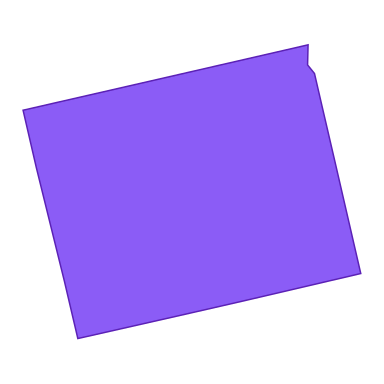 outline of Saline, Kansas, United States of America, rotated 347°
{"feature_id": "52423323B92463309420457", "entity_name": "Saline", "entity_type": "district", "adm_level": 2, "iso_a3": "USA", "parent_name": "United States of America", "parent_adm1": "Kansas", "projection": "mercator", "projection_center": [-97.646, 38.784], "detail": "fine", "context": "isolated", "style": "filled", "palette": "violet", "viewbox_px": 384, "rotation_deg": 347, "n_neighbors": 0, "source": "geoboundaries", "source_scale": "gbopen_adm2", "svg_char_len": 341}
<svg xmlns="http://www.w3.org/2000/svg" viewBox="0 0 384 384"><g transform="rotate(347 192 192)"><path d="M45.8,133.2L47.6,250.5L47.8,309.1L163.9,309.6L222.0,309.7L338.1,309.4L338.1,192.3L338.0,133.4L338.0,104.1L333.2,94.2L338.2,74.7L221.8,74.6L45.8,74.3L45.8,133.2L45.8,133.2Z" fill="#8b5cf6" stroke="#5b21b6" stroke-width="1.5"/></g></svg>